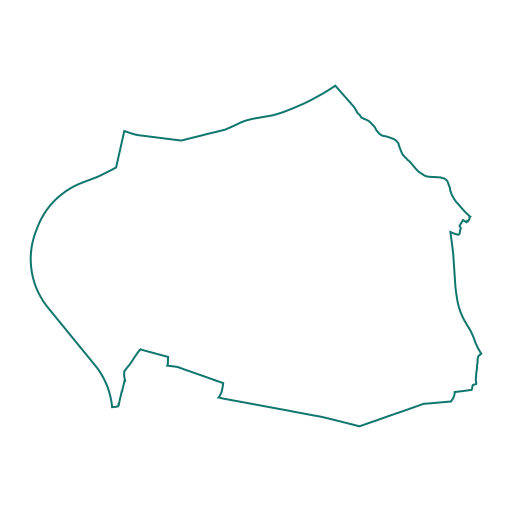 the district of Steenbergen, Noord-Brabant, Netherlands
{"feature_id": "6326949B69485420920073", "entity_name": "Steenbergen", "entity_type": "district", "adm_level": 2, "iso_a3": "NLD", "parent_name": "Netherlands", "parent_adm1": "Noord-Brabant", "projection": "albers", "projection_center": [4.349, 51.603], "detail": "fine", "context": "isolated", "style": "outline", "palette": "teal", "viewbox_px": 512, "rotation_deg": 0, "n_neighbors": 0, "source": "geoboundaries", "source_scale": "gbopen_adm2", "svg_char_len": 5881}
<svg xmlns="http://www.w3.org/2000/svg" viewBox="0 0 512 512"><path d="M112.1,407.2L116.7,406.7L116.8,406.6L117.0,406.5L117.5,406.5L117.8,406.4L117.8,406.2L118.1,406.1L118.3,406.0L118.4,405.8L118.5,405.6L118.6,405.3L118.6,404.9L118.5,404.6L118.5,404.4L118.9,404.5L119.0,403.7L119.4,401.7L120.0,398.8L121.7,392.0L122.0,391.3L121.9,391.3L122.1,390.9L124.3,382.0L124.3,381.6L124.3,381.4L124.4,381.2L124.5,380.9L125.1,380.9L124.3,376.8L124.2,376.5L124.2,376.1L124.2,375.7L124.1,375.3L124.3,371.4L124.3,371.2L126.8,368.0L127.3,367.4L127.8,366.8L129.1,365.3L131.3,362.2L132.0,361.1L132.5,360.4L133.8,358.3L137.1,353.5L138.1,352.1L139.0,351.0L140.0,349.9L139.9,349.8L140.4,349.3L141.7,349.7L144.6,350.6L151.0,352.3L164.2,355.9L168.1,356.9L168.0,358.6L168.0,359.6L167.8,363.4L167.8,363.9L167.7,364.5L167.5,365.2L167.3,365.6L167.5,365.6L168.6,365.8L169.6,365.9L175.0,366.6L177.0,366.9L177.4,367.0L177.9,367.1L179.9,367.8L187.6,370.6L188.5,370.8L191.7,372.0L195.6,373.4L204.0,376.3L211.8,379.1L215.7,380.5L215.7,380.4L216.6,380.8L218.0,381.3L223.2,383.1L223.0,383.8L223.0,385.1L222.7,386.5L222.5,387.7L221.7,391.5L221.3,392.7L220.8,393.8L220.2,394.9L218.9,397.3L218.7,397.5L219.4,397.6L222.8,398.5L290.9,411.1L291.6,411.3L312.9,415.3L318.2,416.2L322.3,417.0L332.1,419.4L338.6,421.0L359.4,426.3L375.2,420.8L376.0,420.6L376.3,420.5L377.0,420.2L389.1,415.9L405.4,410.3L414.6,407.0L415.6,406.7L423.6,403.8L428.0,403.5L450.9,401.5L452.4,399.5L453.3,398.0L453.9,396.4L454.4,395.0L454.5,394.3L454.5,394.2L454.6,393.5L454.7,392.0L456.2,391.9L459.6,391.4L462.1,391.2L464.6,390.8L465.5,390.7L468.4,390.3L470.2,390.1L470.8,390.0L471.3,390.0L471.8,389.7L472.6,385.5L472.7,385.3L472.8,385.2L473.0,385.0L473.9,384.7L474.7,384.5L475.6,384.1L476.1,384.0L476.1,383.9L476.2,383.7L476.2,383.4L476.2,382.5L476.1,381.9L475.8,380.0L475.8,379.6L475.8,379.4L475.9,378.4L476.3,373.0L476.3,372.6L476.3,372.3L476.5,371.9L476.6,371.2L476.6,370.3L477.0,368.4L477.1,367.7L476.9,366.2L477.0,365.2L477.5,363.5L477.4,362.8L477.6,362.1L477.6,360.2L477.6,359.2L477.7,358.6L477.7,358.4L478.1,357.2L478.4,356.4L478.5,356.1L478.7,355.8L478.9,355.6L479.3,355.3L479.8,355.0L480.1,354.7L480.5,354.2L481.1,353.9L481.3,353.7L480.9,353.1L480.2,352.0L479.4,350.6L478.8,349.6L477.2,346.6L477.0,346.1L476.6,345.3L475.5,342.8L474.6,340.4L474.1,338.8L473.8,338.0L473.0,336.1L472.2,334.2L471.4,332.6L470.8,331.3L470.2,330.1L469.7,329.3L469.5,329.0L469.4,328.8L468.9,327.9L468.4,327.1L467.7,326.1L466.1,323.4L465.3,322.0L464.6,320.9L463.8,319.3L462.8,317.4L462.2,316.0L461.6,314.6L461.0,313.3L460.6,312.2L460.1,310.8L459.4,308.7L458.7,306.5L458.3,304.7L457.9,303.1L457.5,301.3L457.0,298.4L456.8,297.1L456.5,295.0L455.9,291.3L455.8,289.9L455.6,288.4L455.4,286.5L455.3,285.1L453.4,256.8L453.3,255.4L453.1,252.8L452.9,251.4L452.8,250.1L452.6,248.8L452.0,244.1L450.4,232.0L455.1,234.0L455.3,233.9L455.5,233.9L457.0,234.5L457.5,234.6L457.8,234.6L458.1,234.6L458.8,234.6L459.0,234.5L459.2,234.3L459.4,234.0L459.5,233.7L459.8,232.6L459.9,231.9L460.0,231.3L460.2,230.3L460.3,229.6L460.6,229.0L460.7,228.7L460.7,228.3L460.7,227.8L460.6,227.6L460.3,227.0L459.8,226.4L459.7,226.2L459.7,225.8L459.8,225.3L460.1,224.7L460.3,224.4L460.8,223.6L461.4,222.9L462.1,221.7L462.7,220.4L463.0,220.0L466.4,222.2L467.2,220.9L467.8,221.4L469.4,219.1L469.5,218.1L469.5,217.3L470.2,216.6L469.9,216.4L469.7,216.3L469.1,215.7L468.7,215.3L467.7,214.3L467.2,213.8L466.5,213.4L466.4,213.2L466.1,212.9L464.9,211.8L464.0,210.7L462.6,209.2L461.8,208.3L457.4,203.2L457.1,202.9L456.1,201.8L455.5,201.0L455.2,200.5L454.0,198.8L452.6,196.3L451.8,194.9L451.5,194.1L451.0,192.6L450.6,191.4L450.4,190.8L450.3,190.6L450.1,190.1L450.1,189.6L450.0,188.1L448.5,184.2L448.2,183.2L447.4,181.3L446.7,180.3L445.3,179.1L444.4,178.6L443.6,178.4L442.1,177.9L439.9,177.3L438.3,177.3L437.0,177.2L433.3,177.0L431.5,176.9L430.0,176.9L428.7,176.7L427.3,176.5L427.0,176.5L424.5,175.6L423.1,174.6L421.9,173.9L420.4,172.9L419.2,172.1L418.8,171.8L417.8,170.9L417.4,170.5L416.3,169.3L415.4,168.3L412.8,165.2L412.0,164.2L411.6,163.7L410.9,163.0L410.3,162.3L409.1,161.0L407.7,160.0L407.3,159.6L407.0,159.2L406.7,158.8L405.4,157.6L402.8,154.7L401.9,153.1L401.0,150.9L399.8,147.9L399.0,145.7L398.4,143.3L398.0,142.6L397.6,142.3L397.2,141.9L396.4,141.0L396.2,140.8L396.2,140.7L394.0,139.1L391.5,138.2L388.7,137.2L388.3,137.1L387.8,136.9L387.3,136.7L385.6,136.3L383.7,136.0L382.4,135.7L381.7,135.3L381.4,135.2L379.9,134.1L379.7,134.0L378.4,132.7L378.0,132.2L376.7,130.6L376.5,130.4L375.3,128.1L374.9,127.4L374.7,127.1L374.6,126.9L374.3,126.6L372.3,124.5L371.3,123.4L370.1,122.2L368.9,121.1L367.6,120.4L365.2,119.2L363.7,118.7L363.2,118.5L362.1,117.9L361.3,117.5L361.3,117.4L360.4,116.0L359.5,114.8L358.4,113.8L357.7,113.2L354.3,107.3L335.3,85.7L335.1,85.8L332.0,87.9L328.7,90.0L322.1,94.0L318.6,95.9L312.0,99.5L308.3,101.4L305.1,103.0L297.8,106.2L294.4,107.7L290.7,109.2L286.9,110.7L283.5,112.0L279.8,113.2L276.0,114.4L272.3,115.4L264.7,116.7L260.9,117.4L257.1,118.0L253.3,118.7L249.5,119.6L245.7,120.6L241.9,122.0L238.4,123.6L235.0,125.3L232.0,126.6L230.3,127.4L227.5,128.6L224.7,129.8L222.4,130.3L218.5,131.3L214.7,132.2L211.0,133.1L207.3,134.0L199.9,135.9L192.5,137.7L185.1,139.6L181.4,140.5L177.3,140.1L173.5,139.6L154.5,137.2L146.6,136.2L142.9,135.7L139.1,135.3L135.4,134.6L132.6,133.8L128.6,132.5L124.3,131.0L116.1,167.5L111.4,170.0L106.9,172.3L102.4,174.5L97.7,176.8L88.2,180.4L83.4,182.2L78.7,184.1L74.0,186.3L69.6,188.8L65.3,191.6L61.2,194.7L57.3,198.0L53.6,201.6L50.2,205.4L47.0,209.5L44.2,213.7L41.6,218.2L39.3,222.8L37.4,227.5L35.5,232.3L33.9,237.2L32.6,242.1L31.6,247.2L31.0,252.3L30.7,257.4L30.8,262.5L31.2,267.7L31.9,272.7L33.0,277.8L34.4,282.7L36.1,287.5L38.2,292.2L40.6,296.8L43.2,301.2L46.2,305.4L49.4,309.4L94.8,365.0L98.0,369.0L100.8,373.3L103.4,377.8L105.6,382.4L107.6,387.1L109.2,392.0L110.5,397.0L111.5,402.0L112.1,407.1L112.1,407.2Z" fill="none" stroke="#0f766e" stroke-width="2"/></svg>